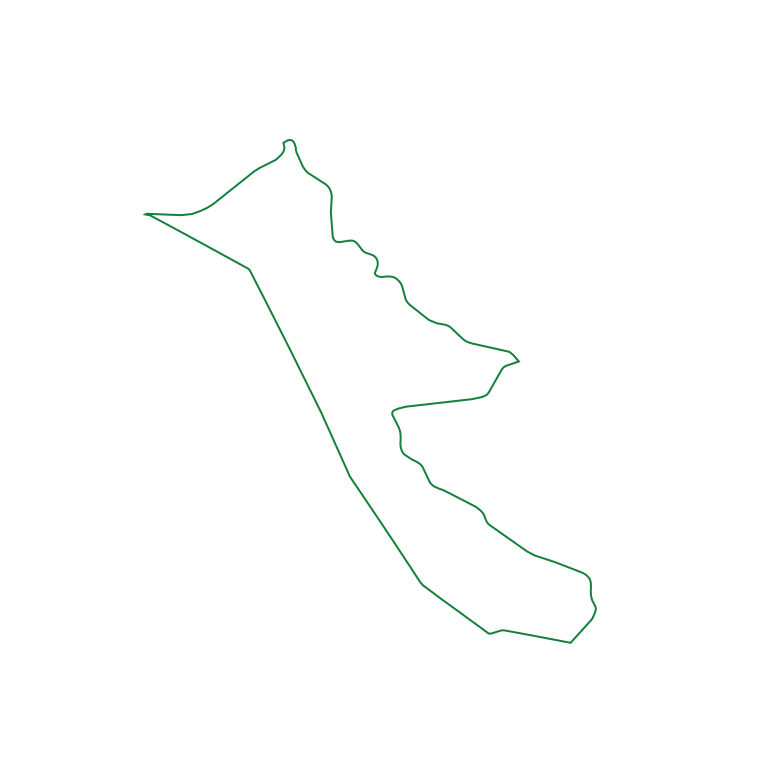 Al Hudud ash Shamaliyah, orthographic projection, rotated 205°
{"feature_id": "SAU-861", "entity_name": "Al Hudud ash Shamaliyah", "entity_type": "Region", "adm_level": 1, "iso_a3": "SAU", "parent_name": "Saudi Arabia", "parent_adm1": "", "projection": "orthographic", "projection_center": [42.216, 29.79], "detail": "fine", "context": "isolated", "style": "outline", "palette": "green", "viewbox_px": 768, "rotation_deg": 205, "n_neighbors": 0, "source": "natural_earth", "source_scale": "10m", "svg_char_len": 3278}
<svg xmlns="http://www.w3.org/2000/svg" viewBox="0 0 768 768"><g transform="rotate(205 384 384)"><path d="M183.8,202.1L196.7,204.7L209.7,207.2L222.7,209.8L235.7,212.3L241.0,213.3L263.5,218.0L267.0,219.5L270.6,221.7L277.4,225.9L283.1,229.5L288.9,233.0L294.7,236.6L300.4,240.1L306.2,243.7L312.0,247.2L317.8,250.7L323.6,254.3L329.4,257.8L335.2,261.3L341.0,264.8L346.8,268.3L352.7,271.8L358.5,275.3L364.3,278.8L370.2,282.3L376.1,285.9L380.5,289.8L386.2,294.7L391.8,299.6L397.5,304.5L403.1,309.3L409.5,314.9L415.9,320.4L422.3,325.9L423.6,327.0L428.6,331.4L435.8,337.1L441.8,342.0L447.7,346.7L453.7,351.5L459.7,356.3L467.5,362.5L475.3,368.8L483.1,375.0L490.9,381.2L494.2,383.8L498.7,387.3L506.6,393.5L514.4,399.7L522.3,405.9L528.8,411.0L535.4,416.1L542.0,421.2L548.5,426.3L553.8,430.4L554.3,430.6L554.7,430.7L555.2,430.9L555.6,431.1L561.8,431.5L567.3,431.9L572.7,432.2L578.1,432.6L583.5,432.9L590.5,433.4L597.5,433.8L604.5,434.3L611.4,434.7L618.4,435.1L625.4,435.6L632.4,436.0L639.4,436.4L644.6,436.7L649.8,437.0L655.0,437.3L660.1,437.6L667.3,438.0L670.3,437.2L672.0,436.8L671.2,437.9L639.4,451.2L630.0,456.8L623.5,463.2L618.4,469.3L614.5,475.6L591.5,521.9L588.3,526.9L577.0,541.2L575.7,543.9L574.0,548.3L573.5,550.6L573.4,551.8L573.4,553.3L573.7,554.8L574.3,556.4L576.2,559.0L577.1,560.0L574.3,564.1L572.9,565.1L571.1,565.9L569.5,565.7L568.1,565.1L566.8,564.2L565.7,562.9L565.6,562.7L565.2,562.3L563.9,561.2L562.9,559.0L561.1,556.9L549.5,546.8L547.9,545.8L544.7,544.1L542.3,543.2L521.0,540.3L519.1,539.7L516.7,538.6L514.9,537.2L513.2,535.7L510.8,532.4L504.7,517.1L492.9,496.2L491.7,494.7L490.1,493.5L488.2,492.8L485.9,493.1L484.0,493.9L476.1,499.2L473.3,500.6L471.8,500.8L470.0,500.7L467.3,499.8L460.0,496.0L458.1,495.4L455.7,495.3L448.9,496.0L447.1,495.8L445.2,495.3L442.9,493.8L441.3,492.0L440.2,489.7L439.7,488.0L439.5,486.9L439.2,481.2L439.0,480.5L438.4,479.8L436.9,479.1L434.6,479.1L432.6,479.5L430.7,480.4L425.2,483.5L423.2,484.2L421.2,484.8L418.9,484.9L416.5,484.5L413.0,483.3L410.7,481.8L408.7,480.1L400.4,470.1L398.8,468.9L397.3,467.9L394.1,466.6L370.8,461.1L369.1,461.0L361.7,461.4L353.4,463.6L351.7,463.8L349.8,463.8L347.5,463.4L330.9,457.9L328.7,457.5L325.9,457.4L321.0,458.0L284.6,466.0L283.1,466.0L279.1,464.9L271.3,461.4L281.1,452.0L282.2,450.4L282.9,448.9L283.2,447.8L283.3,447.3L285.4,421.3L285.7,419.7L286.2,418.0L287.2,416.4L288.5,414.8L290.2,413.2L297.6,407.6L354.4,372.8L360.0,368.3L363.0,365.2L364.2,363.6L364.5,362.0L364.0,360.5L362.8,359.1L352.7,351.2L349.5,348.0L348.3,346.3L346.4,342.8L343.4,335.8L342.6,334.5L340.9,332.3L339.5,330.9L337.1,329.3L335.0,328.6L327.1,327.4L321.7,327.3L318.1,326.8L315.8,326.1L314.0,325.1L300.8,314.2L298.6,313.2L296.0,312.4L289.5,312.4L285.4,312.9L248.8,311.5L242.6,310.0L240.3,309.0L238.6,308.1L233.8,303.5L232.3,302.3L230.7,301.4L228.5,300.8L183.5,292.7L174.6,292.3L154.0,294.8L124.2,296.8L121.0,296.5L118.0,295.7L116.6,295.0L115.1,294.1L113.8,292.8L112.6,291.3L110.5,287.2L109.4,284.4L107.7,281.0L105.6,277.8L103.6,275.7L98.1,271.4L97.1,270.0L96.6,268.7L96.4,267.7L96.4,267.2L96.1,265.1L96.0,260.3L96.4,257.7L105.5,228.3L118.1,225.1L133.1,221.3L148.1,217.5L163.1,213.6L170.6,211.6L173.0,210.7L181.0,203.5L182.3,202.5L183.0,202.3L183.4,202.2L183.6,202.2L183.8,202.1Z" fill="none" stroke="#15803d" stroke-width="2"/></g></svg>